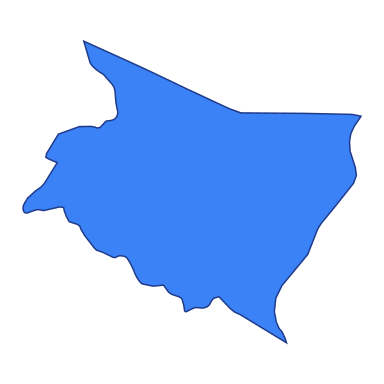 SVG path tracing the border of Cartago
{"feature_id": "CRI-1327", "entity_name": "Cartago", "entity_type": "Province", "adm_level": 1, "iso_a3": "CRI", "parent_name": "Costa Rica", "parent_adm1": "", "projection": "albers", "projection_center": [-83.788, 9.802], "detail": "fine", "context": "isolated", "style": "filled", "palette": "blue", "viewbox_px": 384, "rotation_deg": 0, "n_neighbors": 0, "source": "natural_earth", "source_scale": "10m", "svg_char_len": 1866}
<svg xmlns="http://www.w3.org/2000/svg" viewBox="0 0 384 384"><path d="M97.3,128.0L99.0,127.7L100.4,127.2L106.0,121.1L111.4,120.4L113.9,119.5L115.6,118.1L116.9,116.3L117.9,112.6L115.9,102.6L115.0,90.9L113.9,87.0L112.2,84.4L103.3,74.3L102.4,73.7L100.4,72.6L96.6,69.9L92.8,66.5L91.1,64.4L90.1,62.7L83.8,41.2L139.5,66.4L159.0,75.6L185.7,88.4L229.3,108.7L240.9,112.9L305.0,113.4L352.0,114.4L361.0,116.2L359.9,118.0L354.4,126.0L350.9,133.4L349.5,141.4L350.1,151.3L355.3,167.3L356.4,175.5L353.5,183.3L334.6,207.1L321.2,223.4L317.7,229.0L307.7,254.5L282.0,285.5L275.8,298.2L274.3,312.0L275.3,316.3L276.2,321.9L278.9,328.0L279.7,329.2L281.1,330.7L282.1,332.0L285.0,338.0L286.5,342.8L239.7,314.3L238.5,313.9L234.2,311.8L230.3,308.6L218.9,296.7L213.7,298.3L211.9,300.3L209.7,304.3L209.0,305.2L208.2,305.9L207.4,306.6L206.4,307.0L205.3,307.5L204.0,307.8L202.7,308.0L201.2,308.0L196.0,307.5L194.7,307.8L192.5,308.6L186.3,311.7L185.4,311.6L184.6,310.9L183.7,304.9L182.3,300.1L181.9,299.0L180.7,297.8L178.7,296.7L171.9,294.4L169.7,293.0L168.5,292.1L163.5,285.1L155.0,286.0L152.9,286.1L143.1,284.1L141.9,283.7L140.5,282.5L139.1,280.9L136.8,277.3L135.0,273.7L134.1,271.6L133.8,270.5L130.8,264.1L127.4,258.5L126.7,257.7L125.4,256.8L123.6,256.1L120.0,255.7L118.2,256.1L116.9,256.7L115.9,257.3L114.8,257.6L112.6,257.1L103.4,252.6L98.0,250.6L96.7,250.3L94.4,248.1L84.5,235.3L80.6,228.6L80.4,227.7L80.2,226.7L77.8,224.5L69.2,221.7L66.2,216.2L65.5,213.9L64.5,211.7L63.6,207.5L59.9,206.9L43.5,210.6L40.9,210.0L38.3,209.6L37.0,209.7L33.4,210.7L28.0,212.8L26.7,212.9L25.4,212.9L24.4,212.4L23.8,211.5L23.3,210.4L23.1,209.2L23.0,207.8L23.3,205.8L24.7,202.9L27.7,198.0L35.5,190.9L41.0,187.1L44.3,183.5L57.2,162.7L48.3,158.8L46.6,157.8L45.8,157.2L46.6,153.5L58.4,134.1L78.8,126.8L79.2,126.6L90.9,126.4L95.0,127.1L96.0,127.6L97.3,128.0Z" fill="#3b82f6" stroke="#1e3a8a" stroke-width="1.5"/></svg>